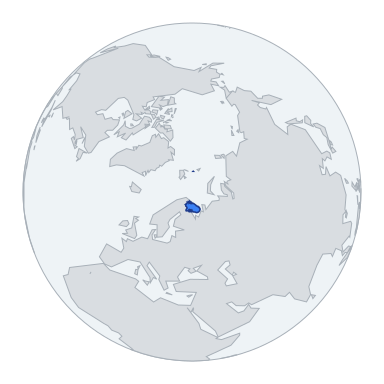 Murmansk highlighted on a globe, orthographic projection
{"feature_id": "RUS-2333", "entity_name": "Murmansk", "entity_type": "Region", "adm_level": 1, "iso_a3": "RUS", "parent_name": "Russia", "parent_adm1": "", "projection": "orthographic", "projection_center": [34.347, 73.115], "detail": "fine", "context": "on_globe", "style": "filled", "palette": "blue", "viewbox_px": 384, "rotation_deg": 0, "n_neighbors": 0, "source": "natural_earth", "source_scale": "10m", "svg_char_len": 14429}
<svg xmlns="http://www.w3.org/2000/svg" viewBox="0 0 384 384"><circle cx="192" cy="192" r="169" fill="#eef3f6" stroke="#a8b0b8"/><path d="M41.1,116.0L47.9,103.9L52.3,97.7L84.3,62.8L89.6,59.1L92.6,58.2L118.3,48.2L100.2,52.8L107.4,49.0L115.9,46.0L114.5,47.5L124.7,46.0L133.2,43.6L145.3,45.4L151.7,54.8L146.9,54.8L149.0,57.2L155.1,57.4L158.6,57.0L174.1,66.7L194.1,70.5L201.1,67.4L199.0,71.6L212.9,63.1L224.2,63.2L210.9,65.8L209.2,68.1L216.7,69.4L216.5,72.1L220.0,74.3L219.2,77.5L211.5,79.0L210.8,81.1L216.1,81.9L218.6,85.7L210.9,84.2L214.4,90.8L202.2,94.8L182.3,88.7L175.0,94.2L153.1,96.9L154.6,99.6L147.2,102.5L146.2,106.8L142.4,106.2L144.8,110.1L148.5,109.9L150.7,111.5L150.5,114.1L145.6,113.7L145.0,112.4L143.5,113.6L141.2,112.4L142.1,114.5L136.3,113.8L141.6,118.2L136.5,120.9L132.8,119.5L133.9,114.7L127.8,100.1L124.3,97.4L118.3,98.4L105.7,110.3L101.6,109.6L95.5,112.1L97.4,114.7L102.9,113.7L105.0,119.3L111.4,117.5L113.1,119.6L119.5,119.9L117.7,125.1L112.7,130.2L107.3,130.3L104.9,132.6L109.4,136.9L98.9,141.6L91.0,152.5L88.3,153.2L84.3,146.4L85.8,135.0L80.6,126.7L83.2,137.6L76.5,139.4L75.1,142.1L75.0,145.3L77.2,146.8L74.8,148.6L71.3,138.4L73.4,136.6L74.5,139.8L75.2,134.5L72.8,127.9L69.6,129.5L69.4,118.4L67.1,119.4L65.8,117.7L69.4,116.7L62.9,118.3L62.1,106.6L53.1,109.9L62.8,101.6L66.8,95.9L70.8,89.3L69.3,89.6L76.7,80.8L80.0,73.9L76.3,72.9L69.9,77.3L62.3,86.7L62.2,88.6L57.9,95.6L56.1,93.2L47.8,106.4L45.8,107.7L42.7,112.9L39.7,119.2L36.2,126.9L35.5,130.2L33.5,137.6L31.7,140.1L31.9,142.7L29.9,148.5L27.0,165.6L26.7,164.8L24.0,182.7L24.0,200.6L23.9,206.5L23.7,205.8L24.3,212.0L24.4,213.0L29.5,238.1L34.4,252.8L34.6,253.3L30.6,242.1L27.5,230.7L25.2,219.0L23.7,207.2L23.1,195.4L23.3,183.5L24.3,171.7L26.1,160.0L28.8,148.4L32.2,137.1L36.5,126.0L37.6,123.6L39.4,119.7L40.3,117.6L41.1,116.0ZM219.9,25.5L220.1,25.7L217.3,25.2L219.9,25.5ZM222.0,26.2L221.5,26.1L222.3,26.3L222.0,26.2ZM223.7,26.6L222.5,26.3L223.9,26.6L223.7,26.6ZM226.0,27.1L224.7,26.8L224.9,26.9L226.0,27.1ZM51.1,110.0L41.7,126.8L44.8,118.1L44.6,119.5L47.5,115.0L52.0,107.4L55.3,100.2L51.1,110.0ZM229.4,28.0L230.3,28.3L229.1,28.0L229.4,28.0ZM52.1,115.5L53.5,112.7L52.4,115.3L52.1,115.5ZM160.2,56.4L155.3,57.1L149.8,56.0L154.0,55.0L160.2,56.4ZM170.6,59.2L168.2,60.3L166.1,57.2L168.1,57.6L170.6,59.2ZM206.2,64.7L202.2,64.5L206.2,63.8L206.2,64.7ZM220.7,74.1L221.9,73.3L223.2,74.8L220.7,74.1ZM120.0,117.0L119.7,118.4L118.7,117.6L120.0,117.0ZM123.0,115.8L122.0,113.8L123.2,113.0L123.8,114.2L123.0,115.8ZM223.1,81.1L224.8,83.8L221.7,81.3L223.1,81.1ZM123.9,118.4L125.6,111.8L127.9,110.4L132.0,113.8L123.9,118.4ZM225.0,85.6L229.3,92.2L232.3,91.1L226.2,98.3L224.6,90.1L220.2,87.2L223.8,87.4L225.0,85.6ZM149.7,108.7L145.8,109.1L149.3,106.4L149.7,108.7ZM151.4,106.6L158.9,96.3L164.5,97.1L160.9,100.3L168.4,99.6L167.4,105.0L163.1,106.6L159.6,105.0L161.9,108.3L151.4,106.6ZM222.2,101.3L222.1,103.2L220.7,101.5L222.2,101.3ZM151.9,112.0L152.9,109.8L157.9,110.3L156.7,114.8L155.5,113.2L151.9,112.0ZM170.8,96.8L174.3,98.0L174.4,102.7L175.8,103.8L167.9,105.2L170.8,96.8ZM154.2,114.4L156.0,117.1L153.5,119.2L151.3,114.2L154.2,114.4ZM159.6,108.6L161.9,109.0L160.3,110.2L159.6,108.6ZM145.3,128.3L146.4,125.6L149.1,125.6L145.3,128.3ZM156.9,117.9L157.8,117.2L158.9,116.9L159.5,119.1L156.9,117.9ZM168.5,108.4L167.9,110.2L171.8,108.1L172.1,111.6L166.7,111.9L169.2,113.3L169.3,114.4L164.8,113.4L168.5,108.4ZM163.7,120.5L157.0,122.3L154.4,127.3L151.9,127.4L156.6,119.3L163.7,120.5ZM164.7,116.4L163.5,119.0L161.1,117.8L160.4,115.3L164.7,116.4ZM174.2,113.9L175.2,108.5L176.3,108.6L174.2,113.9ZM163.4,122.2L165.0,121.8L163.5,122.7L163.4,122.2ZM171.4,116.7L171.6,114.8L172.9,115.0L171.4,116.7ZM168.1,122.6L166.0,123.1L165.4,121.4L168.1,122.6ZM170.0,120.1L171.8,120.8L166.5,120.5L169.9,119.2L170.0,120.1ZM172.6,117.2L173.5,116.7L172.4,118.0L172.6,117.2ZM171.4,128.8L165.0,128.7L163.8,124.9L170.2,125.5L171.4,128.8ZM130.3,349.3L133.6,350.1L131.8,348.5L119.1,338.8L121.9,336.2L118.6,332.9L111.7,330.1L108.0,325.8L103.9,323.5L78.6,307.5L71.2,297.5L63.3,275.8L68.1,274.5L69.6,267.5L103.4,263.4L109.8,270.0L135.6,278.9L138.7,281.3L134.9,287.5L153.6,302.0L160.5,297.8L178.3,305.0L190.6,305.4L196.3,292.4L176.2,291.5L173.4,284.4L190.2,279.3L207.9,279.5L207.4,276.8L196.8,270.9L201.5,265.3L193.3,268.3L196.1,271.3L191.0,273.3L188.1,270.7L189.9,268.8L184.7,267.3L177.5,277.0L179.7,281.1L165.8,281.1L168.1,288.0L164.1,290.2L158.8,279.5L159.8,276.0L149.3,262.1L147.0,265.7L156.7,279.2L153.4,277.5L150.3,282.8L150.0,277.5L140.1,262.0L128.0,259.5L111.4,266.9L104.6,263.9L99.4,256.8L106.6,243.9L121.1,252.3L123.8,248.1L121.9,238.2L126.4,241.6L127.4,238.7L133.0,241.3L141.8,237.1L147.6,238.7L152.1,229.8L155.6,229.5L152.0,234.8L152.6,239.5L167.1,243.1L170.2,241.6L171.9,235.6L175.7,237.4L175.5,231.1L184.3,229.9L173.4,226.2L175.1,219.3L180.9,214.7L179.5,211.8L170.0,219.4L168.0,223.0L169.4,227.1L162.2,236.8L157.0,237.2L157.1,224.8L149.7,224.0L153.1,214.9L176.8,199.8L186.1,197.4L199.6,208.2L196.8,212.8L190.6,211.1L195.5,219.1L195.5,215.3L198.6,217.0L201.1,210.9L203.4,211.8L201.8,204.6L204.9,205.0L205.9,209.6L212.2,201.2L219.0,200.4L219.3,198.1L217.7,195.9L227.4,196.4L227.2,194.7L223.9,193.9L221.4,190.0L220.7,183.4L224.1,183.9L224.8,186.4L231.4,192.4L232.8,199.0L234.1,198.5L233.7,193.0L225.7,185.6L224.3,181.5L228.5,184.4L226.9,183.0L227.2,181.1L230.8,179.8L226.3,176.4L225.8,155.8L232.7,151.4L236.5,156.2L239.8,142.8L247.2,139.2L244.2,138.4L243.7,131.7L241.3,132.7L239.9,131.9L237.6,115.5L239.6,112.2L235.2,104.6L233.7,104.2L231.9,106.2L226.2,98.3L232.3,91.1L235.5,92.3L237.2,87.1L244.3,90.6L250.9,91.2L257.7,98.3L262.4,98.3L262.5,96.2L268.9,94.9L281.7,99.3L270.9,104.6L251.6,100.4L259.4,102.8L257.5,105.0L260.2,107.5L265.8,109.0L266.5,107.5L274.7,124.4L287.8,134.5L287.2,126.8L290.9,124.2L305.3,129.7L321.7,153.7L326.8,151.1L329.8,152.9L331.3,159.3L327.0,156.9L324.9,160.9L322.3,158.6L323.3,168.4L319.5,165.6L322.1,174.7L325.5,174.3L326.0,166.6L330.0,175.9L335.6,172.1L340.7,175.4L346.1,194.9L344.9,209.4L345.8,211.4L343.0,214.8L342.8,223.6L350.7,221.3L351.7,223.4L349.8,237.2L349.1,236.1L341.9,245.2L343.0,251.9L348.6,246.0L350.6,246.5L347.4,252.6L345.1,252.5L342.4,255.6L341.4,250.7L335.8,248.4L332.4,256.5L331.0,253.5L322.8,254.1L316.9,265.3L308.8,286.6L310.6,294.6L306.5,301.9L294.6,298.9L289.5,292.3L285.1,296.5L272.9,294.7L251.6,304.7L248.7,302.9L244.6,305.8L236.1,305.6L231.7,301.9L226.5,303.6L238.3,312.9L243.9,310.9L248.7,304.4L251.0,308.1L259.2,308.4L249.6,321.7L218.2,337.0L215.4,331.0L192.7,311.6L193.6,308.8L193.5,308.5L193.2,308.0L190.9,312.4L187.1,307.7L198.9,323.4L200.8,329.3L217.7,337.4L216.1,338.6L221.6,339.6L239.7,333.2L239.7,335.1L231.0,345.2L206.3,356.6L209.7,359.1L208.2,360.2L205.3,360.4L192.6,361.0L179.9,360.5L167.2,359.1L154.7,356.8L142.4,353.5L130.3,349.3ZM91.0,271.9L89.9,273.9L91.0,271.9ZM226.3,285.9L237.1,283.7L232.7,275.8L236.5,274.3L233.6,272.2L232.3,275.2L225.3,269.0L230.1,264.9L229.0,260.9L225.4,261.5L217.7,270.0L227.6,278.9L225.0,283.2L226.3,285.9ZM26.9,166.2L26.4,168.7L26.7,165.9L26.9,166.2ZM44.0,117.6L42.6,120.9L41.4,122.9L42.3,120.5L44.0,117.6ZM35.0,146.0L33.9,150.1L34.5,146.1L35.0,146.0ZM40.5,129.5L35.8,142.7L37.0,135.3L40.2,127.1L38.7,132.3L40.5,129.5ZM50.3,114.7L49.2,116.9L48.7,116.5L50.3,114.7ZM51.3,117.4L51.5,116.6L52.6,115.4L51.3,117.4ZM76.7,140.0L76.9,140.9L76.3,144.1L75.5,142.6L76.7,140.0ZM80.1,158.7L76.1,161.3L78.4,158.4L76.5,156.7L79.0,148.5L87.1,153.1L83.0,152.4L80.1,158.7ZM84.5,139.0L82.0,143.6L84.4,138.4L84.5,139.0ZM127.5,220.5L129.0,223.8L126.4,226.6L119.0,224.9L122.8,220.9L127.5,220.5ZM131.8,227.9L134.0,216.3L138.6,217.0L135.7,218.5L138.5,220.2L134.5,223.1L136.8,235.3L134.6,238.6L122.2,233.5L127.5,233.3L125.7,230.0L131.8,227.9ZM131.4,186.7L132.4,182.0L141.2,189.5L139.2,193.0L131.8,191.5L129.7,186.4L131.4,186.7ZM130.9,125.9L130.8,123.9L132.1,124.0L133.4,125.7L130.9,125.9ZM145.6,127.0L133.1,134.9L132.3,132.9L126.0,140.0L121.3,137.7L125.6,133.1L117.3,136.8L119.2,131.7L113.8,134.8L123.7,124.9L125.2,120.7L125.4,126.3L129.6,128.5L131.9,128.2L139.4,124.1L144.5,116.2L149.5,117.3L151.7,120.1L151.3,122.2L148.1,120.8L149.7,124.6L144.9,124.2L145.6,127.0ZM174.4,155.0L171.0,152.2L173.4,160.3L168.6,159.7L169.2,160.7L165.3,162.4L161.7,166.2L159.6,165.2L159.1,167.1L156.5,168.3L155.1,170.7L150.9,169.7L148.8,172.5L148.0,170.4L145.6,175.6L145.5,171.3L142.1,172.6L144.0,176.0L124.5,165.7L116.4,164.9L109.7,166.6L110.4,159.3L117.1,153.1L126.5,148.6L134.2,150.5L133.1,147.0L136.5,146.8L135.9,149.7L138.8,145.3L141.4,146.0L149.8,142.4L152.3,135.7L155.4,134.3L155.8,137.3L158.6,133.8L161.4,138.6L163.7,137.7L168.7,141.6L168.0,148.0L170.6,146.5L174.5,149.5L174.4,155.0ZM172.7,130.0L173.0,137.6L170.4,141.1L162.8,132.9L160.4,133.0L155.4,128.1L159.2,123.2L160.2,125.1L162.2,125.8L160.2,127.0L163.2,126.5L164.8,129.1L167.5,129.4L166.9,131.8L172.7,130.0ZM142.7,279.8L145.2,281.0L149.2,281.8L147.3,285.2L142.7,279.8ZM135.7,269.4L138.0,269.8L137.3,274.9L134.7,273.7L135.7,269.4ZM139.9,265.7L138.2,269.4L137.6,266.7L139.9,265.7ZM154.2,234.8L156.7,234.9L156.8,236.4L155.1,238.2L154.2,234.8ZM180.6,179.5L179.0,177.2L179.9,176.4L179.7,170.3L183.3,170.3L184.8,174.0L180.6,179.5ZM192.6,294.7L188.7,297.2L187.0,296.0L188.6,295.4L192.6,294.7ZM166.7,292.4L172.3,294.9L166.1,293.3L166.7,292.4ZM184.5,178.5L184.0,175.9L186.1,177.6L184.5,178.5ZM185.9,170.1L188.5,171.4L183.7,169.6L185.9,170.1ZM220.2,358.6L220.5,358.5L229.8,356.6L234.3,355.1L237.3,354.7L236.1,355.1L220.2,358.6ZM351.1,248.9L347.4,257.4L339.0,265.5L342.1,260.3L350.3,248.6L349.8,250.3L352.2,245.1L351.5,247.7L351.1,248.9ZM357.1,228.0L356.8,229.3L355.6,233.9L354.9,234.6L355.3,231.2L356.4,227.3L358.4,206.2L359.5,201.9L359.4,209.0L360.2,206.3L359.3,215.2L359.2,216.4L357.1,228.0ZM311.4,294.7L315.4,295.4L312.9,298.6L311.4,294.7ZM357.6,195.9L357.9,204.8L357.1,195.7L357.6,195.9ZM356.1,189.3L356.9,190.1L355.9,191.6L356.1,189.3ZM347.3,213.4L346.3,217.9L345.4,217.1L346.3,210.8L347.3,213.4ZM344.6,178.3L347.5,181.2L348.4,183.1L346.5,183.3L344.6,178.3ZM214.4,176.3L210.7,184.7L210.4,190.9L214.0,194.7L207.3,193.0L207.8,183.4L214.4,176.3ZM224.1,158.3L220.9,155.1L223.3,154.2L224.3,154.8L224.1,158.3ZM221.5,158.0L215.7,158.5L214.6,155.2L219.4,155.4L221.5,158.0ZM200.1,168.5L198.7,171.0L197.0,169.6L200.1,168.5ZM360.2,207.8L360.4,204.6L360.6,200.6L360.9,188.3L360.5,203.5L360.6,203.0L360.2,207.8ZM360.7,182.5L360.5,180.0L360.5,179.0L360.7,182.5ZM360.1,184.3L359.4,187.4L359.5,192.6L358.5,180.7L359.5,179.7L360.1,184.3ZM358.2,184.3L358.4,189.2L357.7,183.2L358.2,184.3ZM358.0,189.6L357.2,188.7L357.5,185.5L358.0,189.6ZM358.3,182.1L356.9,178.9L357.8,178.6L358.3,182.1ZM354.9,186.9L356.9,182.1L355.7,190.4L351.9,186.1L352.1,182.1L354.9,186.9ZM332.6,145.0L330.4,144.5L329.6,140.5L331.3,142.0L332.6,145.0ZM324.9,127.5L328.6,139.4L331.3,149.1L332.2,147.1L335.9,151.4L332.7,153.1L328.2,144.6L326.8,137.6L323.3,134.7L320.2,128.6L315.7,127.2L313.2,124.0L316.9,123.2L324.9,127.5ZM313.7,126.9L304.8,122.7L304.7,116.3L306.7,115.8L310.8,120.4L310.6,123.5L313.7,126.9ZM302.6,119.9L302.3,122.8L288.4,123.9L285.5,122.5L296.0,118.1L296.3,120.8L299.7,121.7L302.6,119.9ZM223.9,103.0L222.2,103.1L223.3,101.8L223.9,103.0ZM238.6,132.6L236.7,131.2L238.1,129.6L238.6,132.6ZM232.4,126.5L232.2,129.2L231.0,126.1L232.4,126.5ZM231.9,135.5L231.4,130.2L233.9,135.5L231.9,135.5Z" fill="#d9dde1" stroke="#a8b0b8" stroke-width="1"/><path d="M185.7,204.2L185.8,204.1L186.0,203.9L186.3,203.8L186.5,203.7L186.7,203.3L186.8,203.1L187.1,203.0L187.2,202.9L187.4,202.9L187.6,202.7L187.7,202.4L187.8,202.3L187.8,202.2L187.7,202.1L187.8,202.1L188.0,202.4L188.3,202.5L188.4,202.4L188.5,202.3L188.5,202.0L188.5,201.9L188.4,201.8L188.4,201.6L188.6,201.7L188.7,201.8L188.8,201.8L189.0,201.9L189.0,202.0L188.9,202.1L189.1,202.0L189.4,202.0L189.3,201.9L189.3,201.6L189.5,201.6L189.6,201.8L189.7,201.7L189.6,201.4L189.6,201.2L189.9,201.5L190.0,201.5L190.2,201.8L190.4,201.8L190.5,201.8L190.8,202.0L190.7,202.1L190.7,202.3L190.0,202.2L189.8,202.2L189.8,201.9L189.7,201.9L189.7,202.0L189.7,202.3L189.9,202.4L190.0,202.4L190.0,202.5L189.8,202.8L190.0,202.7L190.3,202.6L190.5,202.7L190.4,202.8L190.5,202.7L190.5,203.0L190.4,203.2L190.5,203.2L190.9,202.8L191.0,202.8L191.0,203.0L190.9,203.3L191.1,203.3L190.9,203.4L191.0,203.4L191.0,203.5L190.9,203.8L190.6,203.9L190.6,204.0L190.6,203.9L190.8,203.9L191.0,203.8L191.1,203.7L191.2,203.4L191.2,203.2L191.4,203.1L191.5,203.2L192.1,203.2L192.1,203.3L192.3,203.3L192.7,203.4L192.6,203.5L192.8,203.5L193.0,203.5L192.9,203.4L193.0,203.3L193.7,203.6L193.8,203.7L194.0,203.8L194.3,204.0L194.5,204.1L194.8,204.4L195.0,204.5L195.3,204.8L195.6,204.9L195.9,205.2L196.0,205.3L196.1,205.5L196.3,205.6L196.4,205.9L196.5,205.9L196.8,206.0L196.5,205.8L196.8,205.9L197.0,206.0L197.4,206.3L197.5,206.4L197.7,206.6L197.9,206.7L198.1,206.6L198.0,206.4L197.9,206.3L198.0,206.3L198.2,206.6L198.3,206.7L198.4,206.9L198.6,207.0L198.7,207.3L198.8,207.4L199.0,207.2L199.1,207.3L199.2,207.5L199.3,207.4L199.4,207.5L199.5,207.7L199.5,207.8L199.5,208.0L199.7,208.3L199.7,208.7L199.7,208.8L199.9,208.9L200.0,208.9L200.0,209.1L200.0,209.3L200.1,209.5L199.9,210.1L199.7,210.5L199.5,210.8L199.5,211.0L199.3,211.1L199.2,211.3L199.0,211.5L198.9,211.6L198.8,211.8L198.4,212.0L198.1,212.1L198.0,212.3L197.6,212.4L197.0,212.6L196.3,212.5L196.1,212.5L195.9,212.5L195.8,212.4L195.7,212.3L195.5,212.2L195.0,212.0L194.8,212.0L194.7,212.0L194.4,212.0L193.7,211.9L193.4,211.8L193.2,211.7L192.6,211.2L192.3,211.3L192.2,211.4L192.0,211.1L191.8,211.0L191.8,210.9L191.7,211.0L191.8,210.9L191.8,210.7L191.7,210.8L191.4,210.8L191.3,210.7L191.2,210.6L191.1,210.8L190.6,210.4L190.3,210.0L190.2,209.9L190.4,209.7L190.2,209.7L189.8,209.6L189.4,209.5L189.2,209.4L189.1,209.5L189.4,209.6L189.5,209.6L189.7,209.8L189.6,209.7L189.7,209.8L189.8,209.8L189.9,210.0L189.7,210.1L189.9,210.2L189.8,210.3L190.1,210.5L190.3,210.6L190.2,210.7L190.4,210.9L190.6,210.9L190.8,211.0L190.6,211.0L190.4,211.1L189.9,211.2L189.9,211.4L189.9,211.5L189.7,211.5L189.6,211.8L189.1,211.8L189.0,211.7L189.0,211.4L188.8,211.3L188.8,211.2L188.7,210.9L188.2,210.8L186.2,210.9L186.1,210.7L185.9,210.2L186.0,209.8L186.4,209.1L186.5,209.0L186.5,208.9L187.0,208.3L187.1,208.1L187.1,207.9L186.8,207.4L186.5,206.6L185.8,206.2L185.6,205.3L185.6,205.2L186.0,204.6L186.1,204.3L186.0,204.2L185.7,204.2ZM191.6,203.0L191.9,202.9L192.1,203.1L191.7,203.1L191.6,203.0ZM190.5,211.2L190.9,211.2L191.0,211.3L190.6,211.2L190.6,211.3L190.5,211.2ZM193.1,171.3L193.2,171.2L193.3,171.3L193.2,171.3L193.1,171.3ZM189.7,209.6L189.8,209.6L189.7,209.6L189.7,209.6Z" fill="#3b82f6" stroke="#1e3a8a" stroke-width="1.5"/></svg>